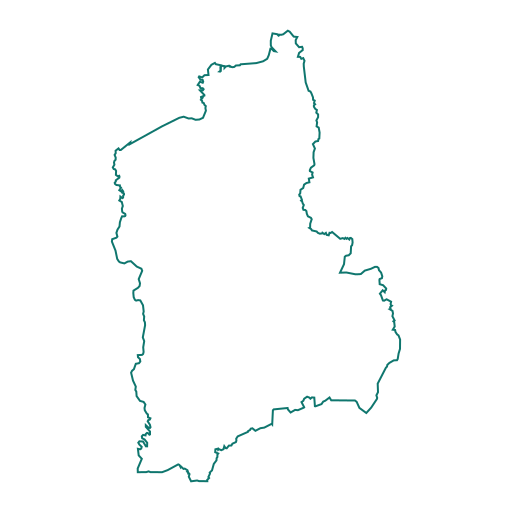 outline of Arenillas, El Oro, Ecuador
{"feature_id": "8360857B40714321113119", "entity_name": "Arenillas", "entity_type": "district", "adm_level": 2, "iso_a3": "ECU", "parent_name": "Ecuador", "parent_adm1": "El Oro", "projection": "natural_earth1", "projection_center": [-80.11, -3.588], "detail": "fine", "context": "isolated", "style": "outline", "palette": "teal", "viewbox_px": 512, "rotation_deg": 0, "n_neighbors": 0, "source": "geoboundaries", "source_scale": "gbopen_adm2", "svg_char_len": 6039}
<svg xmlns="http://www.w3.org/2000/svg" viewBox="0 0 512 512"><path d="M302.7,50.1L302.7,48.3L302.1,46.8L299.1,47.2L295.8,43.4L295.7,40.1L297.3,37.0L293.7,36.6L289.7,31.7L287.8,30.7L283.2,34.3L281.2,34.8L278.5,34.6L279.1,36.3L277.2,34.2L272.5,33.4L270.8,40.7L270.8,45.3L271.5,47.1L275.6,51.4L273.8,51.1L271.9,49.1L270.4,48.8L268.8,55.1L267.2,58.8L263.1,61.3L256.3,63.1L240.6,64.3L239.9,65.3L235.9,65.5L234.3,66.9L232.6,67.2L230.0,66.7L230.2,66.2L229.2,65.7L225.8,66.5L224.5,67.9L224.5,66.1L221.9,65.8L220.9,66.9L220.8,71.0L220.1,71.6L219.5,71.5L220.5,70.7L220.4,67.0L221.1,65.3L215.8,64.2L214.9,62.9L211.4,64.8L207.9,69.5L208.5,75.0L204.5,75.2L202.2,77.4L199.2,76.4L198.7,77.2L200.5,79.7L202.6,79.9L203.2,81.7L202.7,82.8L199.9,81.7L197.7,85.0L199.5,85.8L200.5,88.2L202.7,88.2L203.6,89.2L202.9,90.3L200.0,90.4L204.4,95.0L204.4,95.6L201.0,97.0L201.1,97.7L202.4,98.0L200.9,99.8L202.1,100.9L202.4,102.6L203.8,103.1L204.4,104.8L205.8,106.1L205.4,108.0L205.9,110.7L203.0,117.8L199.4,119.5L195.6,119.8L191.7,118.3L188.6,118.5L183.7,116.7L179.3,117.8L162.1,126.3L129.8,144.2L130.2,142.4L120.8,150.0L119.6,150.0L118.5,148.4L115.6,150.7L115.7,153.2L114.6,154.9L115.7,157.6L115.6,159.7L114.4,161.0L114.0,162.6L114.4,164.7L112.8,167.4L113.7,169.0L115.1,169.3L116.1,170.9L115.9,174.9L117.8,176.3L119.2,175.8L119.5,176.7L119.3,177.7L115.8,180.3L115.8,181.5L114.7,182.8L115.0,183.9L116.4,185.0L119.9,185.4L119.9,186.6L121.0,187.7L119.3,190.2L121.2,191.5L122.2,190.0L123.2,191.4L122.4,192.7L123.9,193.4L124.0,194.6L123.2,195.5L123.1,197.6L122.4,198.1L120.4,196.6L120.3,198.8L119.3,200.5L121.8,202.0L122.8,206.0L121.9,208.7L122.2,211.6L122.6,212.4L125.2,213.9L125.5,215.2L125.2,216.0L124.2,216.4L122.1,216.3L121.3,218.0L119.9,222.2L119.5,226.5L117.5,229.6L116.4,232.9L117.4,236.6L116.4,237.7L112.2,239.2L111.9,241.6L115.5,250.6L117.2,258.9L118.9,261.5L120.2,262.4L124.4,263.4L127.7,261.6L130.9,261.2L136.8,266.6L141.4,268.7L142.2,270.8L138.7,279.1L140.0,283.3L139.6,286.0L138.0,287.8L133.5,290.6L133.3,293.0L133.7,297.2L134.9,299.8L136.1,300.6L138.1,300.1L140.3,300.4L143.0,305.3L143.7,311.5L143.1,313.9L144.2,316.5L143.9,320.2L144.9,322.3L145.1,325.2L142.8,337.4L144.2,341.1L143.2,347.3L143.6,352.0L143.1,354.0L142.0,354.9L137.8,355.1L138.0,357.2L139.9,359.0L140.3,361.5L139.0,363.2L135.8,363.8L133.9,369.2L132.1,370.7L131.1,372.7L133.0,380.6L135.8,386.6L135.3,389.9L136.3,391.6L136.6,396.1L140.0,400.9L143.6,401.9L145.4,404.5L144.5,408.0L144.8,410.3L146.8,413.6L147.9,414.4L148.0,417.3L150.4,418.3L149.9,419.5L148.2,420.2L147.7,421.3L149.9,424.7L150.5,427.2L149.9,428.0L148.3,427.5L145.8,425.2L145.8,426.8L150.0,431.5L150.0,434.4L149.4,434.7L147.9,433.1L147.0,432.9L145.7,434.1L145.5,435.4L143.1,434.9L141.8,436.3L142.2,438.3L144.5,439.4L147.2,442.8L147.1,446.3L145.9,446.3L143.0,441.5L139.4,441.3L138.3,442.7L139.4,444.6L141.7,446.8L141.2,448.6L140.1,449.3L137.9,448.8L138.7,455.4L141.8,458.8L137.7,468.5L137.8,472.2L146.3,472.1L148.6,471.4L150.4,472.1L162.1,472.2L167.7,470.1L178.2,464.4L179.4,464.9L180.7,467.3L181.1,466.6L183.5,468.9L184.7,468.6L187.4,470.2L187.7,471.0L187.2,471.6L188.0,472.0L188.2,473.5L189.0,473.4L189.5,474.1L188.8,476.7L191.1,481.3L197.1,480.5L199.0,481.1L207.3,481.2L207.2,479.9L209.1,478.0L208.4,477.0L210.0,473.6L209.7,472.6L212.0,470.4L213.8,463.9L216.5,460.3L216.6,458.2L217.4,457.0L217.4,454.6L218.2,453.5L215.2,452.2L215.4,449.3L218.1,448.6L218.2,449.8L219.1,449.2L221.3,450.2L223.5,449.2L224.3,446.2L225.6,448.1L226.7,448.3L228.9,445.6L231.4,445.5L232.4,443.7L235.9,442.1L236.4,440.6L236.2,438.7L237.7,436.4L247.9,431.9L248.1,431.1L250.0,430.0L250.7,428.7L252.4,428.3L255.4,430.8L260.4,428.2L264.3,427.6L271.7,423.8L272.2,424.4L272.9,410.3L273.7,409.4L287.6,408.0L287.9,409.4L290.6,412.5L295.1,409.9L297.9,410.2L303.9,407.6L304.2,407.3L301.5,402.1L303.3,400.8L304.2,398.7L307.1,396.7L309.4,397.6L310.4,398.7L311.9,397.4L314.3,397.6L314.9,406.2L315.5,406.3L321.5,404.1L323.2,401.6L325.3,400.7L329.5,397.5L331.2,400.3L355.0,400.5L356.7,401.9L359.4,407.9L366.3,413.0L371.2,407.6L376.9,399.0L377.2,397.9L376.4,395.3L378.0,392.2L377.7,383.6L385.9,367.7L387.0,366.6L387.3,364.9L389.4,362.9L393.7,360.4L397.0,360.2L397.7,359.0L398.6,353.5L400.0,348.9L400.1,339.5L398.5,335.4L397.1,334.4L395.5,332.0L395.1,330.0L392.8,329.7L394.7,326.5L394.2,322.1L393.4,321.3L394.6,320.5L392.4,316.2L393.0,313.5L392.5,310.9L389.7,309.2L390.6,308.8L390.1,307.2L391.9,305.7L390.9,305.1L390.6,304.1L391.1,301.7L386.6,299.3L384.1,300.7L382.9,300.5L381.0,295.2L379.9,293.7L382.7,290.3L384.7,292.2L385.0,290.5L386.0,289.9L386.2,288.5L383.1,285.2L379.7,284.2L379.4,279.9L379.7,279.0L381.9,278.2L382.3,276.3L381.1,272.6L379.0,270.2L378.5,268.0L377.1,266.9L374.9,266.9L370.9,268.8L364.8,270.6L360.9,274.0L359.2,274.2L355.5,274.3L346.4,272.5L340.0,272.7L344.0,264.2L344.8,256.7L346.1,255.7L348.7,255.3L350.7,253.3L351.1,246.3L352.1,245.2L352.6,242.5L352.3,239.1L350.8,237.9L350.0,238.0L349.3,239.5L347.5,238.0L346.5,238.8L345.4,237.8L344.4,238.9L342.8,238.1L340.2,238.8L332.1,232.0L330.6,233.0L329.5,232.8L328.7,235.3L326.7,234.9L325.9,232.9L324.3,234.1L322.5,232.8L322.3,233.4L319.8,233.7L317.8,232.8L316.7,231.5L311.9,230.4L311.2,229.1L309.3,227.9L310.1,227.5L310.2,223.7L311.7,219.2L310.9,217.8L307.9,216.3L306.8,213.7L306.4,211.1L305.3,210.0L303.4,209.8L302.7,207.9L303.8,205.0L302.8,203.6L301.9,200.7L301.5,200.9L301.1,200.6L301.9,199.8L300.6,196.4L299.6,196.2L299.2,194.7L300.2,193.3L300.5,189.8L303.2,188.0L304.1,184.6L306.5,183.0L309.4,182.3L308.8,178.6L313.0,177.4L312.1,174.6L312.6,172.5L309.9,171.1L309.8,170.2L310.9,167.7L314.2,165.3L314.5,164.2L313.4,157.9L313.6,152.2L314.9,148.5L312.9,144.1L315.4,141.5L318.1,141.0L318.4,139.1L319.3,138.5L319.6,132.6L318.7,127.6L316.6,126.4L317.1,122.4L316.4,120.4L318.1,117.2L318.1,114.4L316.3,112.7L316.9,110.0L315.2,108.8L313.9,106.7L313.9,105.3L315.1,104.3L314.0,103.1L314.7,100.6L313.1,99.8L313.0,97.4L311.4,93.3L310.4,91.5L308.6,90.8L305.7,82.5L303.8,66.5L303.7,63.7L304.5,60.8L303.2,58.1L301.3,58.8L300.2,56.9L297.9,56.8L299.1,52.9L302.7,50.1Z" fill="none" stroke="#0f766e" stroke-width="2"/></svg>